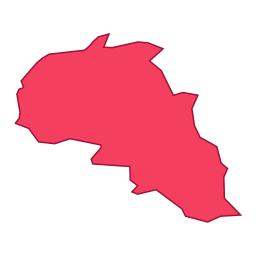 map outline of Derry (Natural Earth projection)
{"feature_id": "GBR-2083", "entity_name": "Derry", "entity_type": "London Borough (city)", "adm_level": 1, "iso_a3": "GBR", "parent_name": "United Kingdom", "parent_adm1": "", "projection": "natural_earth1", "projection_center": [-7.229, 54.938], "detail": "fine", "context": "isolated", "style": "filled", "palette": "rose", "viewbox_px": 256, "rotation_deg": 0, "n_neighbors": 0, "source": "natural_earth", "source_scale": "10m", "svg_char_len": 768}
<svg xmlns="http://www.w3.org/2000/svg" viewBox="0 0 256 256"><path d="M15.4,123.1L19.3,118.3L20.0,112.3L16.9,94.1L19.1,89.1L22.1,88.3L23.5,87.1L21.2,80.9L36.9,62.8L42.5,58.1L49.1,54.2L84.6,50.2L89.1,46.4L93.4,41.4L98.3,36.9L109.0,34.0L103.7,47.3L112.4,47.6L137.7,42.0L147.7,42.8L163.0,48.7L162.9,48.8L162.5,49.3L149.5,60.9L161.2,70.6L173.4,95.3L182.8,92.5L197.9,95.2L191.9,108.6L194.4,125.5L200.0,137.3L216.8,146.7L221.1,163.1L227.5,168.5L223.8,177.2L224.4,198.4L240.6,215.0L220.5,216.2L207.7,222.0L185.5,216.2L182.0,208.9L156.2,189.7L137.7,194.1L131.9,191.9L137.7,185.7L130.2,180.0L129.9,166.5L92.7,163.9L91.2,159.1L101.4,147.3L100.6,144.9L69.9,138.7L54.8,143.7L38.6,141.9L28.7,128.4L15.9,123.5L15.4,123.1Z" fill="#f43f5e" stroke="#9f1239" stroke-width="1.5"/></svg>